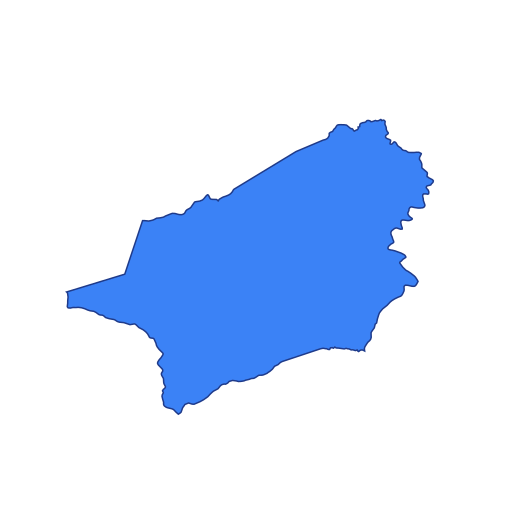 the district of Jocon, Yoro, Honduras, rotated 114°
{"feature_id": "27666195B24666023972878", "entity_name": "Jocon", "entity_type": "district", "adm_level": 2, "iso_a3": "HND", "parent_name": "Honduras", "parent_adm1": "Yoro", "projection": "natural_earth1", "projection_center": [-86.974, 15.288], "detail": "fine", "context": "isolated", "style": "filled", "palette": "blue", "viewbox_px": 512, "rotation_deg": 114, "n_neighbors": 0, "source": "geoboundaries", "source_scale": "gbopen_adm2", "svg_char_len": 6085}
<svg xmlns="http://www.w3.org/2000/svg" viewBox="0 0 512 512"><g transform="rotate(114 256 256)"><path d="M432.1,262.6L430.3,261.4L429.1,260.9L424.4,261.3L421.7,260.7L420.6,260.6L418.3,258.4L417.7,257.8L417.6,257.0L417.3,254.2L416.6,252.3L412.0,248.0L408.7,245.5L404.2,242.8L400.6,241.6L398.0,240.5L396.8,239.9L392.7,236.7L389.2,235.8L387.6,235.0L386.2,233.4L385.8,232.7L385.6,231.9L385.3,231.5L383.6,230.2L381.5,229.5L379.2,226.8L378.1,223.0L377.9,221.6L377.8,221.0L376.8,219.0L375.4,216.8L374.8,216.0L373.7,215.0L371.6,212.2L369.9,210.5L368.6,208.2L367.1,207.0L363.9,205.0L363.3,203.9L362.4,202.0L361.5,200.8L358.7,198.2L357.3,197.5L355.9,196.5L352.7,195.0L349.2,194.2L346.3,191.7L343.3,190.4L341.7,189.1L314.4,159.2L313.0,157.2L312.3,154.5L312.0,154.0L312.0,152.1L311.6,150.9L311.4,150.7L310.0,150.7L309.6,150.6L309.3,149.9L308.7,149.2L308.8,148.3L308.7,147.7L307.2,147.0L307.2,146.3L307.4,145.7L307.3,145.0L306.6,143.3L305.1,138.0L304.8,137.3L304.2,136.7L303.7,136.1L303.4,134.0L303.0,133.4L303.1,130.9L302.3,129.4L302.0,126.8L301.7,126.3L300.7,125.4L301.5,124.1L301.6,123.5L301.3,123.2L299.8,122.5L299.1,121.7L298.5,120.2L298.6,118.1L296.6,119.3L294.7,119.6L290.5,119.0L288.9,118.6L287.0,117.7L285.3,117.4L283.4,117.7L279.9,119.4L279.0,119.7L277.4,119.5L273.5,118.7L269.8,119.4L268.1,118.6L264.1,119.5L259.9,120.0L257.8,120.1L255.6,119.6L252.8,118.8L247.8,116.2L243.5,114.7L241.5,113.7L238.8,111.9L235.7,109.3L233.9,107.5L232.8,106.9L230.6,106.6L227.8,106.6L226.6,106.9L223.9,108.3L223.1,108.3L222.4,108.0L221.8,107.5L221.0,105.3L220.2,101.2L219.7,99.9L219.3,99.1L218.7,98.5L217.1,97.9L213.4,97.6L212.6,98.5L210.5,101.7L209.8,103.5L208.8,107.5L208.2,111.0L208.1,112.8L207.9,113.7L206.5,117.4L203.9,121.9L203.2,122.1L201.3,121.1L199.4,120.5L196.4,118.6L195.8,118.8L195.2,119.6L194.7,120.5L194.5,121.6L194.3,124.6L194.8,131.3L195.3,134.0L195.7,135.3L196.0,137.2L195.9,137.9L195.7,138.3L194.8,138.8L193.8,138.9L193.1,138.8L190.3,137.6L188.4,136.1L187.3,135.8L186.5,136.3L185.0,137.9L183.2,139.4L182.3,140.5L181.0,141.7L179.5,142.4L178.6,142.4L177.7,142.3L174.5,140.6L173.4,139.4L173.1,138.3L172.8,135.1L172.2,133.8L171.9,133.4L170.9,133.8L168.8,135.8L166.5,137.4L165.1,137.7L164.1,137.4L163.6,136.9L163.0,135.6L162.0,132.0L161.4,130.6L160.2,129.2L159.4,128.6L158.8,128.3L158.4,128.4L158.1,128.9L157.8,130.7L157.1,132.7L156.4,133.7L155.8,134.4L154.7,134.8L152.3,134.8L150.9,135.3L149.4,135.2L148.5,134.7L147.8,133.7L147.4,131.4L146.3,127.5L145.4,125.5L144.1,123.3L143.3,122.6L142.5,122.2L141.3,122.2L140.4,122.7L137.2,125.7L135.5,126.6L133.7,128.0L132.4,128.5L131.7,128.4L131.1,128.1L130.1,125.9L129.7,124.3L129.4,123.9L128.9,123.6L127.8,123.9L126.7,124.5L125.7,125.6L125.0,127.3L124.6,127.8L124.5,128.1L124.1,128.4L123.3,128.5L122.7,128.4L122.1,127.9L120.6,125.9L119.9,125.2L118.9,125.1L116.8,124.3L115.3,124.5L114.8,125.1L114.5,126.1L114.3,129.6L114.2,130.6L113.8,131.3L113.9,131.9L113.4,132.3L110.9,133.0L110.2,133.5L109.9,134.1L108.3,139.5L107.9,140.4L105.0,141.7L104.0,142.4L102.5,144.0L101.3,145.9L100.8,146.2L99.2,146.7L95.8,146.5L95.3,146.6L95.1,147.0L95.0,149.4L95.9,151.5L97.1,153.6L98.7,157.2L99.3,158.7L99.3,160.0L99.0,161.1L98.9,162.1L99.4,163.8L99.5,165.0L99.2,166.1L98.3,167.8L98.2,169.1L97.6,171.5L95.8,173.9L95.4,175.0L95.4,175.8L95.6,176.3L98.0,177.2L98.7,177.6L99.1,178.3L99.1,179.0L98.6,179.4L96.4,179.7L95.5,180.1L95.3,181.1L95.4,184.4L95.1,185.4L94.7,186.0L94.0,186.3L93.0,186.4L90.9,185.2L90.3,185.1L89.8,185.2L89.4,185.6L89.0,186.7L87.5,188.3L87.2,188.6L86.1,189.0L85.2,189.7L83.2,191.8L82.0,192.3L80.6,192.7L80.2,193.3L79.9,194.3L80.1,195.1L81.2,196.2L81.1,196.5L80.5,197.2L80.5,197.5L80.9,197.9L81.9,198.5L82.9,199.6L83.5,200.6L83.6,202.0L85.7,204.2L86.4,205.3L86.6,205.9L86.2,206.6L86.2,207.2L86.5,208.6L87.0,209.5L87.6,209.9L88.7,210.2L89.2,210.6L89.8,211.2L90.9,212.9L92.6,214.5L94.0,214.5L95.6,213.9L96.3,214.6L96.7,215.2L97.8,214.4L98.4,214.5L99.5,214.8L100.1,215.6L101.9,216.9L101.9,217.3L101.7,217.9L100.9,219.0L100.6,219.9L100.6,220.2L101.0,220.7L101.0,221.5L99.6,226.5L100.1,228.4L101.6,232.1L102.5,233.9L103.3,234.9L104.4,235.3L106.7,235.6L108.6,236.4L111.1,236.7L112.7,238.3L114.1,239.0L114.7,238.8L115.9,238.2L116.7,238.1L119.0,238.4L120.0,238.9L121.3,239.9L122.8,241.8L144.3,261.9L204.0,303.3L205.0,303.6L206.8,303.7L209.4,304.5L211.4,305.8L213.7,308.0L215.5,310.0L216.4,310.7L218.9,312.5L219.8,312.8L221.0,312.9L221.0,313.3L220.5,314.5L220.4,315.0L222.2,319.4L222.4,320.8L222.0,321.5L220.0,323.9L219.7,324.6L219.8,325.2L221.0,325.9L224.8,326.9L226.6,327.7L228.8,329.8L230.8,333.0L231.3,333.7L231.9,334.1L238.2,335.3L239.7,336.2L241.2,337.4L242.3,338.1L243.7,338.5L245.0,338.5L246.1,338.7L246.8,339.1L247.5,339.6L248.5,340.8L249.2,342.4L249.6,343.9L250.1,347.2L250.6,348.6L251.1,349.8L252.2,351.0L256.1,354.8L258.2,356.4L260.2,359.2L261.9,362.2L264.5,364.2L265.6,365.4L267.7,368.2L268.9,371.9L269.8,374.0L326.0,368.5L365.9,414.4L366.1,413.7L366.8,412.9L369.9,411.0L373.5,409.8L375.8,408.8L378.8,407.9L379.3,407.5L379.8,406.5L379.1,404.5L377.5,402.3L376.3,399.5L375.2,397.5L374.2,394.2L373.8,390.7L373.8,387.9L373.5,385.2L372.5,381.7L372.6,379.4L373.3,376.2L373.4,375.4L373.2,374.2L372.6,372.5L372.5,371.5L372.8,370.1L373.3,368.8L373.4,368.2L373.0,364.7L371.8,359.9L371.8,358.7L372.2,356.4L372.2,355.3L372.0,353.9L370.6,349.5L370.0,343.2L367.5,339.5L367.4,338.9L367.6,337.6L369.0,333.9L369.3,329.0L370.1,325.9L371.2,323.4L372.6,321.5L373.5,320.4L373.7,319.9L373.7,318.8L373.0,316.5L373.1,315.7L373.6,315.0L376.5,311.8L378.0,310.7L379.2,309.3L380.7,306.6L382.5,301.8L383.2,301.0L384.3,300.9L387.5,301.4L390.0,302.2L391.2,302.4L392.7,302.6L393.9,302.4L394.5,301.9L395.2,301.0L397.3,295.9L398.0,294.9L399.1,294.4L401.6,294.7L402.6,294.3L403.5,293.5L405.5,290.8L406.3,290.3L408.9,289.0L409.9,288.3L410.4,287.8L411.5,286.4L412.2,285.6L412.8,285.4L413.5,285.5L414.2,285.7L415.6,286.4L417.2,286.6L418.3,285.3L418.7,285.0L420.9,285.2L422.4,284.8L424.8,283.0L427.1,281.0L428.9,280.2L429.6,279.7L430.3,278.6L430.7,276.5L430.6,275.1L429.8,270.6L429.8,269.1L430.1,268.1L431.2,265.5L432.1,262.6Z" fill="#3b82f6" stroke="#1e3a8a" stroke-width="1.5"/></g></svg>